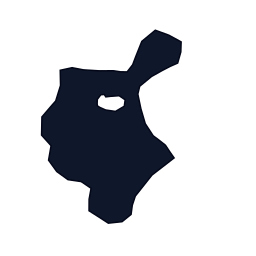 the border of Xocalı, rotated 244°
{"feature_id": "AZE-1739", "entity_name": "Xocalı", "entity_type": "District", "adm_level": 1, "iso_a3": "AZE", "parent_name": "Azerbaijan", "parent_adm1": "", "projection": "albers", "projection_center": [46.729, 39.823], "detail": "fine", "context": "isolated", "style": "filled", "palette": "ink", "viewbox_px": 256, "rotation_deg": 244, "n_neighbors": 0, "source": "natural_earth", "source_scale": "10m", "svg_char_len": 952}
<svg xmlns="http://www.w3.org/2000/svg" viewBox="0 0 256 256"><g transform="rotate(244 128 128)"><path d="M148.3,150.2L139.6,148.0L124.3,145.4L110.0,147.2L103.2,150.7L96.1,154.1L90.1,154.9L88.5,155.1L80.9,156.3L75.2,128.9L63.6,104.7L56.7,98.0L49.0,92.9L46.4,81.6L51.1,68.6L53.6,67.1L61.4,62.4L70.7,56.7L81.0,61.8L90.0,68.4L100.4,62.4L107.9,51.4L120.1,44.9L133.9,42.5L145.8,51.1L159.5,47.2L175.7,55.5L182.0,70.1L184.0,74.9L190.5,81.0L195.8,86.0L209.6,92.4L206.7,104.2L199.9,113.3L198.9,115.0L192.5,126.3L191.8,127.6L185.9,139.9L181.8,145.9L178.8,151.8L182.8,159.9L188.9,166.4L199.8,178.4L203.9,195.4L193.5,205.4L182.1,213.5L173.2,208.8L164.6,201.1L164.9,192.9L164.7,184.3L164.0,171.8L160.4,156.8L154.2,151.7L148.3,150.2ZM154.6,137.8L160.9,134.2L164.2,126.0L165.7,121.7L168.5,121.4L169.8,118.1L167.2,113.0L163.5,111.0L161.4,110.2L159.0,111.6L154.0,115.8L148.4,124.0L149.2,134.2L154.6,137.8Z" fill="#0f172a" stroke="#020617" stroke-width="1.5"/></g></svg>